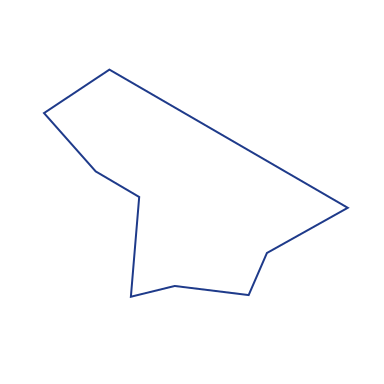 the state/province of Kalkara, rotated 7°
{"feature_id": "MLT-5950", "entity_name": "Kalkara", "entity_type": "state/province", "adm_level": 1, "iso_a3": "MLT", "parent_name": "Malta", "parent_adm1": "", "projection": "orthographic", "projection_center": [14.531, 35.89], "detail": "fine", "context": "isolated", "style": "outline", "palette": "blue", "viewbox_px": 384, "rotation_deg": 7, "n_neighbors": 0, "source": "natural_earth", "source_scale": "10m", "svg_char_len": 278}
<svg xmlns="http://www.w3.org/2000/svg" viewBox="0 0 384 384"><g transform="rotate(7 192 192)"><path d="M95.1,80.6L348.5,188.7L273.8,243.4L260.8,287.4L186.2,287.4L144.1,303.4L140.2,203.4L93.9,183.3L35.5,131.7L95.1,80.6Z" fill="none" stroke="#1e3a8a" stroke-width="2"/></g></svg>